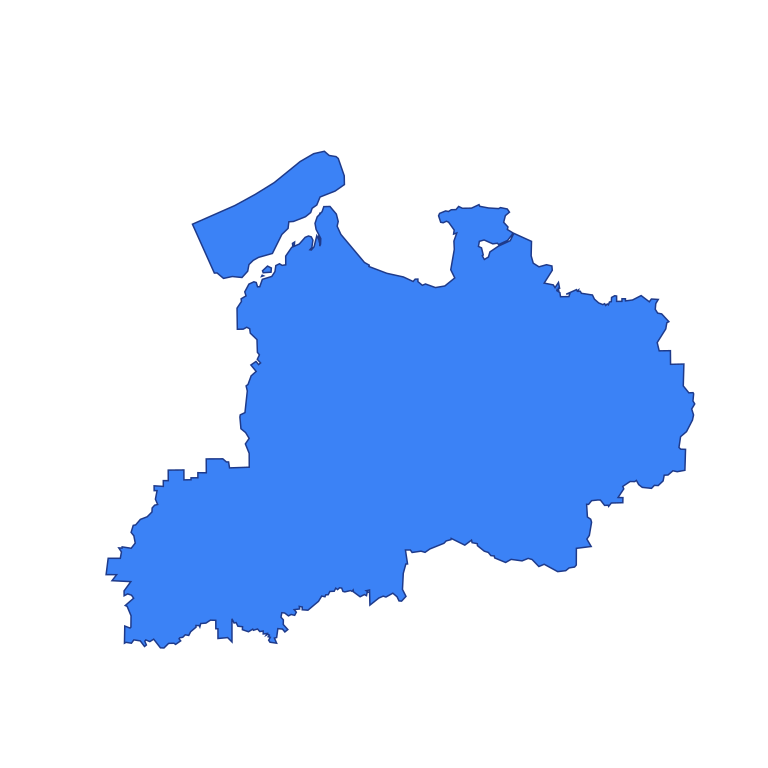 outline of Moreton Bay, Queensland, Australia, rotated 261°
{"feature_id": "25037944B19400187923346", "entity_name": "Moreton Bay", "entity_type": "district", "adm_level": 2, "iso_a3": "AUS", "parent_name": "Australia", "parent_adm1": "Queensland", "projection": "orthographic", "projection_center": [152.949, -27.107], "detail": "fine", "context": "isolated", "style": "filled", "palette": "blue", "viewbox_px": 768, "rotation_deg": 261, "n_neighbors": 0, "source": "geoboundaries", "source_scale": "gbopen_adm2", "svg_char_len": 6154}
<svg xmlns="http://www.w3.org/2000/svg" viewBox="0 0 768 768"><g transform="rotate(261 384 384)"><path d="M501.8,552.0L512.5,535.8L505.8,531.1L502.3,518.7L497.9,509.3L493.1,507.0L491.3,502.6L495.3,501.1L495.9,502.2L503.2,501.6L505.1,498.8L510.0,500.5L510.6,505.4L505.4,513.4L505.3,518.1L503.8,519.0L506.5,528.5L511.6,534.0L513.3,534.7L517.3,530.0L519.7,531.0L525.0,527.5L531.3,530.2L534.1,534.8L537.6,533.1L540.0,526.6L539.3,524.7L541.5,514.8L544.5,506.4L546.3,505.9L544.0,497.9L545.3,488.9L547.7,485.5L545.0,482.4L545.6,477.7L544.3,474.7L545.3,471.9L543.8,465.6L541.6,464.2L534.9,465.3L534.0,467.7L535.0,471.1L533.7,473.1L525.1,477.4L521.2,476.2L521.8,479.5L514.2,475.4L506.0,474.5L486.4,467.8L477.7,470.5L471.3,459.4L471.2,449.9L476.3,440.6L475.5,437.3L479.8,433.5L482.3,433.9L482.7,431.2L480.7,428.8L486.7,419.9L492.9,404.1L502.4,387.5L503.7,388.0L507.1,383.7L538.5,364.8L547.2,362.4L551.7,364.2L559.3,363.5L567.8,358.4L568.6,352.3L563.9,349.8L562.4,347.8L563.3,347.1L562.1,347.6L559.6,344.2L553.5,341.0L547.4,341.1L537.6,344.3L532.0,343.2L530.2,342.1L534.6,342.8L540.9,340.8L530.5,336.4L527.7,333.2L528.2,331.8L530.1,334.1L537.2,336.3L540.7,335.2L542.0,332.6L541.2,329.1L535.5,322.2L533.4,314.2L525.7,306.9L517.1,305.6L517.1,301.9L519.1,299.6L517.9,295.7L512.1,293.9L507.8,290.0L506.4,280.2L499.5,276.5L499.8,274.3L504.2,273.7L505.3,271.5L503.8,266.2L496.8,260.9L492.6,261.5L490.5,256.2L487.8,256.1L481.9,250.7L461.0,247.7L460.2,253.6L461.5,257.3L459.6,260.0L455.1,259.9L447.7,265.5L435.1,263.9L432.3,265.5L428.2,262.7L424.1,265.4L422.8,263.2L426.3,261.1L423.6,255.5L416.4,259.7L412.9,254.1L404.8,249.6L403.7,247.5L398.5,247.9L377.5,242.2L376.0,237.2L373.9,236.5L362.2,235.7L357.7,239.7L351.4,242.3L346.5,237.7L336.6,240.0L322.9,237.9L325.3,218.3L331.3,218.3L331.7,216.1L335.3,213.1L337.8,196.7L324.1,194.6L325.5,186.3L320.5,185.5L321.5,178.7L319.6,178.4L320.6,171.4L330.4,172.9L332.7,157.4L322.3,155.8L323.1,150.9L317.4,150.0L319.4,141.0L314.6,140.3L314.2,143.2L306.0,140.2L300.4,141.6L300.2,138.5L297.8,135.6L293.9,134.8L289.9,129.3L288.4,122.2L283.7,116.7L283.6,114.2L277.0,111.0L273.2,113.2L265.8,113.4L261.3,108.6L264.1,99.9L262.9,99.6L263.6,96.4L259.2,98.4L253.1,96.3L255.0,84.3L239.2,79.7L237.5,90.1L232.3,84.6L228.4,103.0L220.3,94.9L215.5,94.2L216.8,98.0L214.9,101.6L211.6,103.2L205.7,93.8L204.6,95.5L194.7,97.9L183.5,96.0L182.7,94.9L185.5,90.1L168.6,87.1L169.2,88.8L167.5,94.0L170.4,96.9L168.4,103.1L162.2,106.4L163.4,108.5L167.4,107.5L168.5,108.7L166.2,112.4L168.0,116.6L158.4,121.9L157.7,125.4L161.5,130.7L160.8,136.0L159.4,137.4L162.1,143.0L164.4,141.7L165.3,142.6L165.3,145.6L167.4,148.5L166.2,151.8L169.6,154.3L173.2,160.3L174.9,160.5L174.3,163.7L172.9,164.1L176.1,165.5L175.7,170.7L177.9,175.6L176.9,180.9L168.6,179.6L168.2,181.7L158.6,180.2L158.0,189.9L153.0,193.5L175.9,197.1L171.4,198.5L171.5,200.6L167.6,201.8L166.4,206.3L163.5,205.7L160.5,211.4L162.4,216.0L161.2,216.5L161.8,220.8L158.9,222.6L158.9,226.0L156.0,225.6L155.9,229.6L154.3,228.3L155.0,230.3L153.9,231.5L152.5,230.1L151.6,232.1L149.0,230.0L146.8,231.0L144.8,237.4L150.2,236.0L150.4,238.3L159.0,240.9L157.8,245.4L154.6,247.3L156.5,250.6L162.2,246.9L166.8,247.7L169.8,245.8L174.1,247.3L173.4,250.0L169.9,253.4L170.9,256.2L169.5,259.6L172.3,261.7L175.2,260.0L175.0,265.5L177.6,265.5L176.5,268.4L173.8,267.9L172.5,273.5L179.6,285.3L184.3,289.3L183.1,292.4L184.9,293.5L184.6,295.9L187.6,298.1L187.1,302.4L189.9,304.4L188.2,306.0L189.7,308.2L189.0,310.3L185.6,311.0L184.8,312.8L185.2,318.6L184.2,320.0L185.4,321.3L183.4,321.4L177.6,327.1L179.1,331.7L177.7,333.6L180.5,334.6L180.8,336.1L182.6,334.1L182.8,337.5L167.8,335.5L173.4,345.4L174.6,350.0L173.3,352.6L176.0,360.0L171.8,363.6L167.4,364.9L166.8,367.4L170.8,372.5L178.2,370.1L193.9,373.4L202.8,377.4L202.6,379.1L216.7,379.2L215.9,384.1L213.2,385.4L213.1,394.4L211.3,398.2L213.9,403.5L217.3,418.3L219.3,420.9L219.8,425.8L221.0,426.2L212.2,438.6L216.1,446.0L213.5,446.2L211.7,451.2L209.7,451.0L203.2,456.9L201.3,460.7L197.8,462.7L196.9,466.0L194.9,466.1L188.7,476.2L190.9,482.1L187.7,492.7L189.2,499.1L187.5,502.8L179.5,508.4L180.9,514.0L171.5,526.2L171.2,534.3L173.4,538.1L173.4,543.6L175.1,545.6L191.6,548.3L191.1,563.2L199.1,560.1L202.3,563.1L215.0,567.4L218.1,567.0L220.8,564.1L233.5,565.3L233.1,567.2L236.3,570.8L236.0,577.1L235.5,579.6L229.6,582.9L229.2,586.5L228.0,586.7L230.9,589.9L229.4,601.3L234.4,602.2L235.3,597.4L242.9,604.4L245.5,603.8L249.2,611.8L248.4,616.4L249.3,618.2L244.8,619.8L241.5,622.9L239.1,631.9L241.6,635.2L240.8,638.9L244.6,644.5L250.1,646.5L249.7,650.3L253.1,655.8L251.5,659.9L251.7,667.7L272.3,671.6L273.2,666.8L275.2,665.4L285.6,668.7L289.6,675.3L300.1,683.0L305.0,684.9L311.2,684.0L315.7,687.8L318.9,686.5L325.9,688.3L327.1,687.9L327.6,683.7L335.3,679.3L356.8,683.3L358.6,670.1L372.1,672.1L373.7,661.0L382.2,660.3L394.3,670.9L400.2,672.9L401.0,675.1L409.8,669.2L411.2,665.4L415.3,663.6L420.9,665.0L424.6,668.1L426.1,661.4L423.7,658.9L431.1,651.8L428.1,642.6L428.3,635.5L430.4,635.8L431.0,632.4L428.4,631.9L429.2,626.7L434.5,627.5L435.1,625.7L433.9,622.3L429.8,621.4L429.7,619.5L427.1,618.0L428.1,617.0L426.9,615.2L428.8,614.5L428.2,612.5L430.5,608.7L434.9,605.1L439.3,603.8L442.7,593.2L444.9,592.3L445.1,590.4L446.5,590.9L445.6,589.4L447.1,588.9L444.2,578.0L444.5,581.9L441.4,580.3L442.6,572.0L446.8,572.0L449.2,569.3L450.3,569.8L449.1,571.2L451.4,571.3L451.2,572.4L457.0,572.2L452.4,568.0L455.4,566.7L458.6,558.0L470.0,568.0L474.3,568.3L476.4,563.2L475.5,555.4L480.0,550.3L487.6,549.4L501.8,552.0ZM571.8,219.8L520.1,233.8L519.8,236.5L513.4,242.0L513.9,251.0L511.4,260.4L516.7,267.0L523.1,269.3L526.6,274.2L528.7,279.9L530.4,294.2L547.7,306.5L552.7,313.6L559.1,315.4L558.7,320.0L561.5,332.6L564.8,338.4L568.8,340.5L571.3,345.6L578.7,350.1L582.2,365.9L587.2,376.1L595.9,377.3L613.9,374.1L616.1,372.2L618.3,365.6L623.2,361.5L622.5,350.6L616.8,335.9L600.1,307.1L591.4,286.4L583.6,264.6L571.8,219.8ZM518.7,287.4L514.8,281.7L512.8,282.1L512.1,289.9L516.2,290.9L518.7,287.4ZM535.2,315.5L535.7,317.3L538.2,317.9L537.2,315.6L535.2,315.5ZM536.3,342.4L538.0,343.5L539.3,342.6L536.3,342.4ZM509.4,279.9L509.7,281.9L510.5,280.7L509.4,279.9Z" fill="#3b82f6" stroke="#1e3a8a" stroke-width="1.5"/></g></svg>